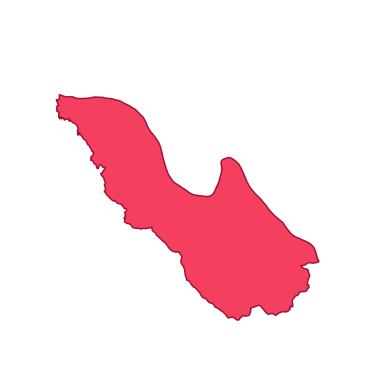 Song Lo, Vĩnh Phúc, Vietnam, rotated 149°
{"feature_id": "81297802B72352297629850", "entity_name": "Song Lo", "entity_type": "district", "adm_level": 2, "iso_a3": "VNM", "parent_name": "Vietnam", "parent_adm1": "Vĩnh Phúc", "projection": "equal_earth", "projection_center": [105.409, 21.426], "detail": "fine", "context": "isolated", "style": "filled", "palette": "rose", "viewbox_px": 384, "rotation_deg": 149, "n_neighbors": 0, "source": "geoboundaries", "source_scale": "gbopen_adm2", "svg_char_len": 6006}
<svg xmlns="http://www.w3.org/2000/svg" viewBox="0 0 384 384"><g transform="rotate(149 192 192)"><path d="M231.6,81.8L230.1,79.6L228.9,77.2L228.5,75.9L227.0,72.7L226.3,69.9L226.1,67.3L225.9,65.7L225.7,65.3L225.2,65.1L224.6,65.0L222.6,64.3L221.9,64.0L221.5,63.6L220.7,62.6L220.4,61.9L219.7,59.6L218.6,58.5L217.3,58.3L216.8,58.5L215.1,59.4L214.8,59.5L214.3,59.4L212.8,59.6L212.0,59.9L211.8,59.8L210.8,58.6L210.1,58.0L207.6,57.1L207.0,57.0L206.4,57.1L205.8,57.4L203.8,58.8L202.1,60.9L201.3,62.1L200.8,62.2L200.3,62.2L197.6,61.3L195.1,61.0L193.8,60.6L192.7,60.1L192.2,59.6L191.7,57.9L191.5,56.2L191.2,55.5L191.1,52.6L190.8,51.9L190.7,50.7L190.2,49.3L189.6,47.9L189.2,47.7L186.5,46.9L185.3,46.1L184.1,43.6L183.4,43.1L182.9,43.1L181.7,43.4L179.4,43.5L177.3,43.1L176.2,42.8L175.3,42.3L173.4,40.9L172.7,40.6L170.6,40.4L169.4,41.1L168.6,40.8L168.1,41.3L167.8,42.1L167.8,42.8L167.6,42.9L167.0,43.0L166.3,43.5L165.9,43.2L165.7,42.3L164.9,41.8L164.6,41.9L164.5,42.0L164.9,42.5L163.7,43.5L163.3,44.3L162.4,46.6L161.7,47.7L161.1,48.1L159.8,48.3L158.6,49.1L156.7,49.5L155.9,49.5L155.2,49.2L153.9,49.2L152.5,50.3L151.1,50.6L150.3,50.5L149.6,50.2L148.4,49.5L146.2,48.4L145.8,48.3L143.8,48.6L142.7,49.8L142.0,49.9L141.3,49.7L141.0,49.9L140.7,50.2L140.1,51.5L139.9,52.4L140.9,53.5L137.6,57.1L134.0,59.8L133.5,63.3L133.1,64.4L132.7,65.0L132.8,65.8L133.0,66.4L133.3,66.9L134.9,67.9L135.6,68.8L136.2,70.3L136.8,72.5L136.0,72.5L134.9,71.9L134.0,71.7L132.9,71.3L130.0,71.4L128.2,71.3L127.7,71.0L125.8,69.3L124.0,68.3L120.1,66.9L118.9,67.3L118.6,70.8L116.9,76.8L116.6,78.3L116.3,79.6L116.2,81.8L116.3,83.1L116.7,84.6L117.2,86.2L117.9,87.8L119.5,90.5L121.6,93.3L123.8,96.9L125.3,98.6L126.9,101.2L128.1,103.5L128.5,104.8L129.1,108.8L129.7,113.2L129.9,115.9L129.8,117.6L129.9,118.7L130.2,120.0L131.5,123.3L133.1,128.0L134.4,133.2L134.9,135.9L135.3,139.5L135.3,139.9L135.5,142.4L136.4,147.9L136.7,150.1L138.2,156.2L138.6,157.3L139.7,164.2L139.9,165.8L139.7,171.9L138.6,178.9L138.3,181.8L137.8,185.1L137.6,189.1L137.5,191.3L137.7,192.7L138.2,193.6L138.4,195.1L139.7,198.5L140.5,200.0L141.2,201.1L142.4,202.5L144.8,203.3L148.7,204.0L149.9,203.8L151.2,203.2L151.9,202.2L152.6,200.9L154.3,196.8L155.3,195.3L156.7,193.7L162.7,187.8L165.0,185.9L169.2,183.1L170.9,181.8L174.9,179.4L177.1,179.1L179.0,179.2L180.6,180.0L182.3,180.9L187.6,185.0L191.8,188.5L194.0,191.5L194.9,193.4L195.3,194.6L200.5,205.6L201.7,207.8L202.3,209.4L203.0,212.6L203.2,217.9L203.1,219.9L202.1,225.4L199.3,236.3L197.8,240.2L196.8,243.7L196.0,246.2L195.4,249.1L195.1,251.5L195.3,257.0L195.5,259.3L196.0,263.0L196.3,264.3L196.5,268.4L196.3,271.9L195.6,275.8L195.4,279.6L195.4,281.2L195.6,282.4L196.7,286.2L197.8,290.9L198.4,292.6L199.7,294.8L200.2,295.6L201.0,297.7L204.4,302.9L206.2,306.1L207.2,307.7L208.8,309.0L211.8,312.3L213.2,313.6L217.4,316.7L219.8,319.1L225.8,323.1L227.9,324.2L229.0,324.4L230.8,325.0L235.0,327.1L238.9,329.2L241.3,330.7L242.8,331.9L243.9,333.1L245.5,335.3L248.0,336.6L251.2,338.6L255.5,343.6L256.9,341.3L257.8,340.4L258.9,339.9L259.4,339.9L259.8,340.1L260.6,341.0L260.8,340.8L261.4,337.8L261.4,336.2L261.7,335.7L261.7,335.1L262.3,335.3L263.3,335.2L264.7,333.8L265.1,333.1L265.5,331.9L265.8,331.3L266.2,331.1L265.6,329.8L265.1,329.3L264.9,328.8L265.9,327.6L267.8,324.7L266.5,323.8L265.4,323.5L265.5,322.8L267.3,323.6L267.5,322.9L265.7,321.9L264.0,321.6L264.3,319.5L262.8,319.3L261.3,318.6L260.4,318.7L259.5,317.4L260.6,316.8L260.9,316.5L260.8,316.2L260.2,315.7L259.3,315.8L259.2,315.2L258.4,312.9L256.8,310.1L256.4,308.8L256.4,308.2L256.7,306.1L257.2,304.1L258.1,304.0L258.9,303.1L259.4,302.2L259.8,301.0L260.0,300.6L260.5,300.1L260.5,299.9L260.4,299.6L259.2,299.2L259.0,299.3L259.2,300.1L259.2,300.8L259.0,301.2L258.6,301.3L258.0,301.2L257.7,300.7L258.1,299.5L258.1,298.8L257.7,296.9L257.7,294.8L257.5,293.0L257.3,292.4L256.7,291.6L256.5,290.5L256.9,287.3L256.9,286.2L256.3,285.1L256.3,284.5L256.5,283.8L256.4,282.4L256.5,279.2L256.8,278.7L256.8,278.4L256.7,277.9L256.2,277.4L256.1,276.8L256.3,276.1L256.8,275.5L257.5,275.0L258.9,274.4L259.2,273.9L259.6,273.9L260.6,274.1L261.8,272.2L262.4,271.5L262.0,271.4L261.5,271.0L261.2,270.4L261.1,268.6L261.2,267.5L261.2,266.5L260.5,265.3L260.4,264.9L260.4,264.1L261.0,262.4L261.1,261.4L261.0,261.0L260.8,260.6L260.3,260.4L259.4,261.1L257.9,262.6L257.2,262.8L256.6,262.6L256.0,261.9L255.9,261.4L255.6,259.1L255.4,258.9L254.6,258.8L253.8,257.9L253.9,257.4L254.3,257.0L255.1,256.8L257.3,255.6L258.6,255.0L259.3,254.5L259.9,254.6L260.3,255.0L260.6,254.8L260.9,254.1L261.0,252.9L260.9,252.3L260.6,251.3L260.5,250.6L260.5,249.3L261.2,246.6L261.4,244.3L262.4,243.7L263.3,243.4L264.4,239.7L265.0,238.5L265.3,238.1L266.2,238.0L266.8,237.6L267.0,237.2L266.9,236.9L266.3,236.3L266.6,233.9L266.4,232.6L266.0,231.5L265.1,227.6L264.2,225.0L263.6,224.6L262.9,224.6L262.2,222.8L261.9,222.1L261.9,221.4L261.7,220.6L259.2,218.3L259.0,217.9L258.9,216.5L258.5,215.0L258.6,212.7L257.0,211.8L257.0,211.5L257.3,210.5L257.9,209.5L258.2,209.4L259.8,209.4L260.1,209.2L260.7,208.0L260.9,206.8L260.8,206.5L263.6,204.5L263.1,204.2L262.8,203.8L263.0,203.5L264.4,202.5L264.9,201.5L265.0,200.6L264.7,200.5L264.1,198.9L263.5,198.2L262.3,197.3L262.0,196.8L261.3,194.8L261.2,194.1L261.2,193.1L261.1,191.9L259.1,190.1L257.6,188.9L256.6,188.5L255.0,186.7L254.3,186.4L253.2,186.3L251.3,185.0L249.6,184.1L246.9,183.0L246.1,182.8L244.6,182.8L244.4,182.6L244.5,182.3L245.2,181.3L245.6,180.0L245.5,177.9L244.4,176.2L244.6,173.4L244.6,173.1L243.8,170.9L242.3,165.1L241.2,162.4L240.8,158.9L240.7,156.6L240.5,155.0L240.0,153.3L239.5,151.9L237.5,149.5L236.5,148.6L235.3,148.1L234.6,148.1L234.1,145.7L233.9,143.8L233.9,142.2L234.3,141.5L235.1,140.5L237.4,138.2L237.6,137.7L238.0,135.6L237.7,134.2L237.7,133.0L237.9,131.0L238.3,129.5L240.8,123.6L241.0,122.0L241.8,119.2L240.6,117.5L240.3,116.7L240.0,111.4L239.8,110.3L238.3,107.5L237.8,105.3L237.3,101.1L237.4,99.3L237.4,96.9L237.1,96.1L235.0,93.2L234.8,92.6L234.7,91.9L234.6,90.2L234.4,88.9L232.0,85.7L231.4,84.8L231.3,83.4L231.6,81.8Z" fill="#f43f5e" stroke="#9f1239" stroke-width="1.5"/></g></svg>